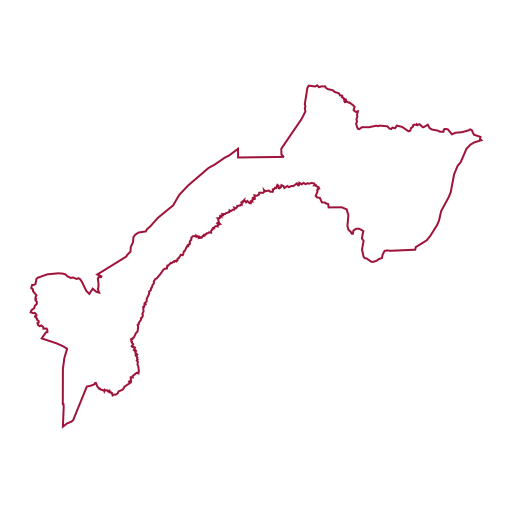 outline of Kilombero, Morogoro, United Republic of Tanzania
{"feature_id": "72390352B25590445201102", "entity_name": "Kilombero", "entity_type": "district", "adm_level": 2, "iso_a3": "TZA", "parent_name": "United Republic of Tanzania", "parent_adm1": "Morogoro", "projection": "mercator", "projection_center": [36.337, -8.562], "detail": "fine", "context": "isolated", "style": "outline", "palette": "rose", "viewbox_px": 512, "rotation_deg": 0, "n_neighbors": 0, "source": "geoboundaries", "source_scale": "gbopen_adm2", "svg_char_len": 6026}
<svg xmlns="http://www.w3.org/2000/svg" viewBox="0 0 512 512"><path d="M150.5,226.2L147.0,229.2L145.8,231.4L138.4,232.6L135.3,234.7L133.5,236.9L133.0,242.1L130.7,247.3L130.5,251.6L126.9,255.2L126.4,256.5L97.3,274.5L101.4,276.3L101.1,277.1L98.7,277.1L97.9,278.7L98.5,283.9L98.4,287.6L97.8,289.0L99.1,292.6L96.3,291.8L92.7,288.7L89.3,293.9L86.3,290.9L81.8,281.6L79.8,278.9L78.2,278.2L76.8,279.0L73.0,277.5L70.6,277.9L67.3,276.2L65.3,274.3L62.7,273.6L58.3,273.3L47.5,274.3L37.8,277.7L36.4,278.9L35.5,283.9L33.8,284.9L32.1,285.0L31.2,288.1L33.0,289.4L33.0,291.1L36.5,295.4L35.6,297.0L35.4,298.9L36.0,299.0L35.6,300.6L36.7,301.5L36.9,303.8L34.9,305.7L34.1,308.3L31.5,310.1L30.7,312.3L33.6,313.2L34.7,312.8L36.4,314.6L36.4,315.7L35.3,316.0L35.0,316.7L37.0,318.6L36.9,319.6L38.6,320.9L38.7,322.6L37.5,323.0L38.0,325.0L39.8,326.2L41.4,325.4L43.4,327.3L43.4,328.7L46.6,328.6L47.3,329.8L47.4,332.1L45.9,332.4L41.7,338.4L56.4,343.3L62.4,345.9L67.1,348.7L64.3,358.3L62.9,369.0L62.8,404.0L63.4,404.0L63.7,406.8L62.9,426.6L67.1,423.4L71.1,421.8L73.1,420.3L86.8,386.6L91.2,385.6L94.5,384.2L95.1,383.0L95.9,382.9L97.2,386.3L99.3,388.9L99.9,388.6L100.7,389.5L103.5,390.5L104.3,389.9L104.5,391.0L104.9,390.2L107.3,390.4L107.7,391.2L109.3,390.6L109.3,392.0L110.4,391.9L110.3,392.6L111.9,393.0L112.6,395.4L114.0,394.6L115.6,394.7L117.7,393.3L118.6,391.4L122.8,389.6L124.6,386.6L130.1,382.9L129.0,381.6L129.4,381.2L131.0,381.6L130.7,377.3L132.8,377.4L132.5,376.2L136.6,372.8L138.4,373.4L138.4,372.2L138.9,371.7L138.4,366.9L137.5,364.5L137.9,361.9L136.8,360.6L137.7,359.7L137.0,358.7L137.4,357.4L136.2,356.1L136.9,355.0L135.9,355.0L136.3,354.0L135.7,354.0L135.4,352.4L135.9,351.9L134.7,350.8L135.3,350.5L134.3,350.0L135.0,349.6L134.3,348.8L134.9,347.5L133.0,346.6L132.4,347.0L131.7,346.2L133.2,344.2L132.0,342.8L132.0,341.9L131.4,341.7L131.1,339.3L132.4,339.2L132.3,338.4L133.9,337.4L136.0,333.0L137.5,331.6L138.2,326.7L137.6,325.0L138.9,323.9L138.7,323.1L140.9,319.8L140.9,318.2L142.2,317.4L142.9,315.2L142.3,314.0L143.5,311.6L143.2,307.0L144.1,306.9L144.4,304.5L145.0,304.8L145.7,304.2L144.9,302.9L146.6,301.6L146.7,298.9L149.2,293.6L149.1,291.5L150.8,290.3L150.9,288.3L151.7,287.8L152.6,285.0L153.9,283.3L153.8,281.5L155.2,279.2L156.9,278.2L160.5,273.9L163.3,269.8L164.8,268.7L166.9,268.5L167.3,265.6L168.1,265.7L170.8,262.9L171.5,263.2L174.1,261.2L174.5,261.7L175.5,260.8L176.5,261.4L177.6,260.1L177.3,259.4L177.9,258.4L178.9,258.0L180.8,254.8L182.5,255.2L183.1,254.7L183.8,251.4L184.8,250.9L186.9,246.4L187.9,246.5L188.4,245.8L188.0,245.0L189.9,243.9L189.6,242.4L190.3,240.5L191.3,239.9L191.4,237.6L192.9,236.2L195.4,236.1L195.8,235.4L196.6,235.8L196.6,236.7L197.3,236.3L198.1,237.0L198.8,236.4L200.0,237.1L199.4,238.0L201.7,237.7L202.3,236.5L203.9,235.9L203.3,235.5L204.0,234.7L205.7,234.6L206.5,233.4L207.5,233.4L209.0,232.3L211.1,232.7L211.1,231.1L212.0,229.5L212.6,229.5L212.8,228.1L213.5,228.1L213.3,228.7L214.2,228.4L214.0,227.5L215.5,226.2L217.6,226.4L217.4,225.9L218.4,224.8L219.6,224.3L217.9,223.7L218.9,223.2L217.9,222.7L218.8,222.1L218.2,219.5L218.7,218.9L217.9,218.3L219.8,218.0L220.1,216.1L221.4,216.8L221.2,215.6L223.0,215.4L222.4,214.0L225.1,214.1L225.6,213.3L229.1,212.2L229.5,210.4L230.6,211.2L233.1,209.6L234.1,209.7L234.8,208.6L234.4,207.7L235.9,208.3L236.9,207.5L237.2,205.9L240.1,205.6L240.5,204.8L241.8,204.8L241.7,202.7L240.7,202.1L242.8,202.3L242.8,201.3L244.2,200.0L244.0,201.0L245.3,201.1L246.1,202.3L247.4,201.0L249.5,203.1L250.8,203.3L250.8,201.3L252.4,201.5L252.0,200.5L252.7,199.7L252.8,197.9L253.5,197.8L254.1,199.1L254.9,198.8L254.4,195.3L256.7,195.8L258.9,194.6L259.3,192.7L263.1,192.8L264.4,191.5L264.1,190.1L265.2,191.3L268.9,190.5L269.9,191.6L272.6,191.9L273.0,190.9L272.8,189.3L274.3,189.0L275.0,187.7L276.2,188.0L277.4,184.9L278.7,186.0L278.6,188.1L279.2,188.4L280.9,187.3L281.4,185.1L283.5,186.1L284.3,188.0L287.4,186.0L288.9,187.2L291.5,186.0L293.3,186.1L297.0,183.3L297.6,183.7L297.8,185.1L298.6,185.4L299.3,184.6L299.4,182.8L301.8,184.3L303.4,182.9L305.7,184.2L307.3,183.2L308.7,183.7L311.6,183.0L314.2,183.5L314.8,184.6L314.3,185.3L315.9,185.2L316.0,186.0L318.7,187.3L318.4,187.9L319.0,188.6L317.8,189.0L317.9,189.7L317.1,190.3L317.5,191.7L315.7,195.8L317.0,197.4L319.9,197.9L321.8,202.3L325.4,202.7L326.1,203.5L328.2,204.1L328.6,207.4L341.8,207.3L346.7,209.4L348.4,215.4L347.4,226.0L348.5,229.9L350.8,231.9L351.6,233.6L352.8,233.8L353.4,230.6L355.7,229.0L358.0,228.6L359.7,229.0L363.3,231.0L361.9,238.3L363.6,241.0L362.0,249.4L363.6,256.9L364.7,258.1L366.7,258.5L371.2,261.7L373.1,261.9L376.6,260.8L378.6,259.2L381.9,258.0L382.7,254.4L384.6,250.9L387.4,250.4L390.2,250.8L415.2,249.7L415.8,247.1L426.6,240.4L430.4,235.7L436.9,225.4L439.0,220.6L441.2,211.0L448.7,197.2L450.7,192.3L454.1,174.3L457.7,165.7L460.6,162.4L466.5,148.7L470.5,144.6L474.3,142.4L481.3,140.2L480.0,139.2L480.5,136.9L473.9,134.7L471.7,130.0L470.0,129.4L468.8,130.3L461.9,132.2L455.6,132.7L451.9,134.3L447.8,129.3L444.9,128.9L443.9,129.5L443.5,131.8L439.8,131.7L437.9,130.6L431.8,129.5L429.5,128.0L427.8,124.7L423.7,127.2L422.7,127.2L419.5,124.2L417.8,124.9L417.0,124.4L417.0,125.1L414.4,124.6L413.1,125.2L413.0,126.6L411.1,128.0L410.2,130.7L408.5,131.3L402.1,126.9L396.9,125.6L395.1,128.2L392.5,127.6L391.2,129.0L389.5,128.6L387.3,126.3L379.5,125.6L378.3,126.2L376.1,125.7L369.3,127.2L362.0,127.2L359.1,129.2L358.2,129.0L357.2,127.5L356.1,123.6L357.0,121.6L356.4,119.5L357.4,116.5L357.0,114.9L357.9,111.3L355.7,111.9L353.6,110.1L354.6,106.8L353.4,105.5L349.5,102.5L349.1,102.8L346.8,101.6L345.0,102.2L344.4,101.3L346.0,100.3L345.8,99.4L343.9,99.3L344.0,98.5L342.0,97.2L342.4,96.3L341.9,95.5L340.0,95.4L338.9,93.3L334.5,91.9L333.1,90.4L327.5,89.0L325.8,87.7L325.2,86.4L321.4,86.4L318.9,87.2L317.3,85.4L315.2,86.5L308.8,85.6L307.4,87.8L304.8,104.1L305.4,106.8L304.8,108.1L305.4,111.5L301.5,119.1L281.3,148.7L281.4,154.4L283.3,156.4L283.1,156.9L238.1,157.5L238.0,148.8L229.1,155.5L224.5,157.8L214.7,164.6L208.6,167.9L188.2,185.4L179.3,194.8L173.1,205.4L157.8,217.9L150.5,226.2Z" fill="none" stroke="#9f1239" stroke-width="2"/></svg>